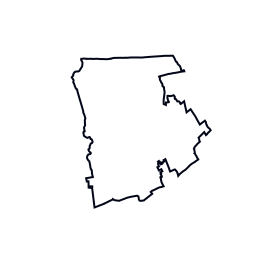 outline of Mihai Eminescu, Botosani, Romania, rotated 32°
{"feature_id": "2599482B56977001468724", "entity_name": "Mihai Eminescu", "entity_type": "district", "adm_level": 2, "iso_a3": "ROU", "parent_name": "Romania", "parent_adm1": "Botosani", "projection": "mercator", "projection_center": [26.565, 47.773], "detail": "fine", "context": "isolated", "style": "outline", "palette": "ink", "viewbox_px": 256, "rotation_deg": 32, "n_neighbors": 0, "source": "geoboundaries", "source_scale": "gbopen_adm2", "svg_char_len": 5662}
<svg xmlns="http://www.w3.org/2000/svg" viewBox="0 0 256 256"><g transform="rotate(32 128 128)"><path d="M181.5,169.0L181.8,168.4L183.1,166.5L185.1,163.2L185.9,162.0L186.2,161.6L187.6,160.3L189.1,158.6L186.8,157.2L186.3,157.0L185.6,156.5L184.1,155.2L183.5,154.5L182.9,153.7L182.7,153.5L181.8,153.0L181.6,152.7L182.3,151.9L181.8,151.7L182.1,150.9L180.1,149.9L180.4,149.2L179.0,148.4L180.1,146.5L178.1,145.3L176.7,147.6L173.7,145.7L174.6,144.2L173.2,143.2L172.6,142.6L173.0,142.0L171.2,140.7L171.7,139.6L172.8,140.2L173.0,139.9L175.2,141.4L175.6,140.8L175.4,140.7L176.0,139.7L175.1,139.1L176.4,137.3L175.2,136.4L176.2,134.6L184.1,140.4L185.8,141.9L186.8,142.6L187.1,142.2L187.5,141.5L188.2,140.4L189.7,138.3L190.0,138.3L190.6,138.5L192.0,138.9L192.5,139.2L194.0,140.0L194.3,140.3L194.3,140.5L194.5,140.7L195.2,141.2L196.0,142.0L196.3,139.6L197.8,135.1L198.1,134.6L198.7,133.3L198.8,133.1L199.9,128.8L199.8,128.7L200.4,126.3L201.0,124.7L202.8,121.1L203.0,120.5L203.0,120.3L204.3,117.4L204.2,117.3L203.7,117.1L203.2,116.9L202.7,116.7L202.1,116.4L201.5,116.0L201.2,115.7L199.7,115.1L199.2,114.7L198.7,114.5L198.2,114.2L197.9,114.2L198.0,113.8L196.2,111.8L195.7,111.3L195.5,110.9L195.4,110.8L194.9,110.7L194.9,110.3L194.9,110.1L194.7,109.3L194.6,109.2L194.6,108.8L195.1,106.1L195.1,105.8L195.3,104.6L196.2,101.5L195.2,101.0L194.5,100.0L193.0,98.8L194.8,91.1L197.9,92.7L198.4,91.1L198.2,90.6L198.6,89.2L199.3,86.2L197.8,85.4L196.3,85.2L194.6,84.7L193.6,84.1L193.4,83.8L192.9,83.7L192.5,83.4L191.7,82.6L191.3,82.1L190.7,81.6L190.4,81.4L189.9,81.4L189.3,81.1L188.8,82.6L188.3,83.7L188.2,84.1L187.9,84.7L187.1,87.0L183.2,84.9L179.0,82.5L171.1,78.9L169.4,83.7L161.4,75.6L160.5,78.3L160.0,79.7L159.3,79.6L158.7,78.9L157.5,78.5L156.9,78.5L155.7,79.3L153.6,78.2L153.1,78.2L152.6,78.5L152.4,78.5L152.1,78.3L151.6,77.8L151.5,77.5L151.4,77.0L151.3,76.8L151.1,76.7L150.7,76.6L150.3,76.3L149.9,76.1L149.6,76.2L149.3,76.2L149.3,76.3L148.7,76.8L148.4,77.1L147.9,77.8L147.6,78.1L146.9,78.4L146.6,78.8L145.7,79.1L145.1,79.4L144.5,79.8L145.4,81.5L146.8,82.9L147.7,83.6L148.5,84.0L148.8,84.2L148.9,84.5L147.2,85.9L146.7,86.2L147.9,88.4L145.5,88.7L143.4,85.4L140.2,78.4L137.5,75.3L137.2,74.7L136.8,74.5L136.8,74.4L136.7,74.3L136.1,74.1L135.5,74.3L135.1,74.2L134.9,74.1L134.6,73.5L133.9,72.6L133.0,72.1L132.7,72.1L132.3,71.7L131.7,71.6L131.2,71.1L129.8,70.4L129.4,70.1L129.1,69.7L128.8,69.3L128.7,68.9L128.5,68.5L127.6,68.3L127.1,67.9L128.5,66.3L128.9,65.9L134.0,60.4L134.4,60.2L135.2,59.5L136.7,58.0L140.0,55.2L142.4,52.9L143.7,51.7L144.2,51.3L144.8,50.8L145.7,50.1L144.8,49.4L144.6,49.5L144.1,50.2L143.9,50.4L143.4,51.1L143.2,51.1L142.4,50.6L142.1,50.5L141.8,50.2L141.4,49.6L139.4,48.1L138.5,47.8L137.7,47.7L137.0,47.5L136.2,47.3L135.9,47.2L135.2,46.6L134.3,46.1L133.8,46.3L133.4,46.2L132.7,45.8L131.9,45.2L130.4,44.2L127.8,42.9L127.7,42.9L127.2,43.3L125.8,44.1L125.1,44.7L121.2,47.1L120.1,47.9L117.7,49.7L111.7,54.0L110.2,55.1L109.3,55.7L108.7,56.3L107.7,56.9L106.3,58.0L105.0,58.9L103.1,60.4L101.9,61.2L95.2,65.3L92.2,67.3L91.8,67.5L91.1,68.2L89.5,69.2L89.1,69.6L88.8,69.7L88.4,69.8L88.1,70.1L87.1,70.8L86.4,71.3L85.4,71.8L79.4,75.7L78.4,76.5L77.4,77.6L76.8,78.0L76.9,78.3L76.7,78.5L75.9,79.0L73.6,80.9L70.0,82.9L68.4,84.0L65.4,85.5L62.2,87.6L61.3,88.3L60.0,88.8L59.0,89.6L57.3,90.6L56.3,91.2L56.3,91.3L56.1,91.3L55.9,91.4L55.3,91.8L54.6,92.0L54.1,92.3L53.4,92.7L52.9,93.3L51.7,94.1L51.9,94.7L52.2,95.1L53.0,95.6L53.5,95.8L54.2,96.2L54.7,96.7L55.0,97.1L55.2,97.4L56.3,99.7L56.5,101.0L56.4,102.7L56.5,105.0L56.3,105.7L55.9,106.4L55.6,106.6L55.1,106.8L54.3,107.5L53.9,107.8L53.5,108.2L53.0,109.5L53.0,110.3L53.2,111.7L53.6,112.1L53.7,112.5L53.7,113.2L53.6,113.8L53.4,114.8L55.3,115.7L55.9,115.9L56.2,116.1L56.7,116.6L56.8,116.8L57.3,118.1L57.4,118.3L57.6,118.5L58.4,118.7L60.4,120.4L62.5,121.9L63.0,122.1L63.8,122.4L64.1,122.5L64.4,122.3L65.7,123.7L72.4,129.7L72.7,130.0L72.8,130.0L80.3,136.7L81.4,137.8L81.9,138.5L82.1,138.8L83.3,139.5L84.0,140.0L86.7,142.4L86.8,142.5L87.2,144.1L87.7,145.0L88.9,146.6L89.1,147.1L89.8,147.8L90.0,148.2L90.2,148.5L90.3,149.2L90.3,149.8L90.4,150.5L90.6,151.1L90.8,151.4L91.2,151.7L91.5,152.3L92.1,152.8L92.3,153.1L92.8,153.4L93.0,153.6L93.0,153.9L93.0,154.1L92.8,154.3L92.5,154.4L92.4,154.5L92.4,155.1L92.6,155.5L92.8,155.8L93.8,156.9L94.6,157.7L95.2,158.1L95.5,158.1L96.7,158.0L97.7,158.1L98.8,157.9L99.0,157.6L100.0,156.1L100.7,156.1L101.5,156.7L102.2,157.2L102.5,157.1L103.0,156.9L103.3,156.9L103.5,157.0L104.4,157.6L104.8,158.1L105.2,158.4L105.4,158.7L105.5,159.3L105.5,159.5L105.3,159.7L104.9,160.5L104.7,161.5L104.8,161.7L104.9,162.2L105.1,163.7L105.3,164.1L105.8,164.7L106.2,165.9L106.2,166.1L106.1,166.3L105.8,166.9L105.8,167.2L106.2,167.6L107.1,168.2L108.3,168.6L109.3,168.7L109.7,168.9L109.8,169.0L109.8,169.6L109.8,170.1L108.5,171.4L108.3,172.2L108.3,173.1L108.7,174.4L109.2,175.1L109.5,175.4L109.8,175.7L111.3,176.4L112.6,176.7L112.9,176.8L115.4,179.4L117.1,181.4L118.5,182.7L118.9,182.6L119.6,183.1L120.1,183.7L120.5,184.1L121.5,185.6L123.6,187.7L124.2,188.2L119.1,192.8L119.7,193.4L120.7,194.4L121.4,195.2L122.1,194.7L122.7,194.2L123.7,195.6L126.2,199.4L127.6,198.8L126.8,197.6L128.1,196.7L128.6,196.5L128.7,196.9L129.4,197.7L129.7,198.3L141.7,213.1L142.1,212.6L147.6,205.3L147.6,205.1L147.9,204.6L148.2,204.5L148.4,203.9L148.9,203.2L149.1,202.8L149.4,202.4L149.6,202.0L150.0,201.6L150.2,201.0L150.5,200.6L151.5,198.9L152.0,198.3L152.7,197.1L153.0,196.7L152.9,196.3L154.3,196.4L155.9,195.9L159.1,194.4L160.7,192.2L162.4,190.1L163.6,188.3L166.5,185.2L171.6,180.6L173.1,180.5L175.2,182.9L176.1,183.4L177.2,183.2L179.9,181.0L179.9,180.7L183.4,171.0L182.3,170.5L181.2,170.2L181.5,169.0Z" fill="none" stroke="#020617" stroke-width="2"/></g></svg>